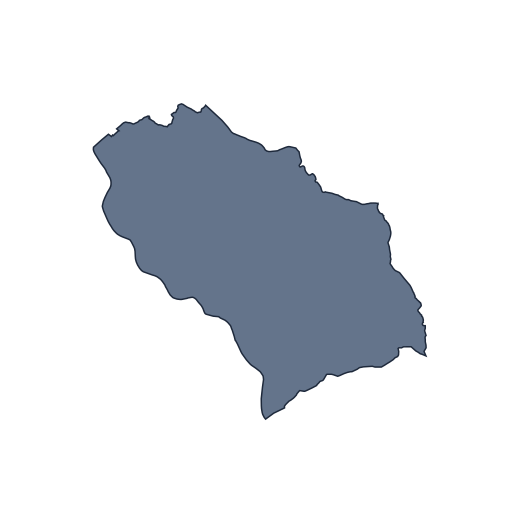 outline of Remeti, Maramures, Romania, rotated 220°
{"feature_id": "2599482B63356743663570", "entity_name": "Remeti", "entity_type": "district", "adm_level": 2, "iso_a3": "ROU", "parent_name": "Romania", "parent_adm1": "Maramures", "projection": "robinson", "projection_center": [23.579, 47.979], "detail": "fine", "context": "isolated", "style": "filled", "palette": "slate", "viewbox_px": 512, "rotation_deg": 220, "n_neighbors": 0, "source": "geoboundaries", "source_scale": "gbopen_adm2", "svg_char_len": 6099}
<svg xmlns="http://www.w3.org/2000/svg" viewBox="0 0 512 512"><g transform="rotate(220 256 256)"><path d="M221.3,358.7L223.0,357.3L224.3,356.8L227.5,356.4L231.1,355.5L232.1,355.5L235.0,354.0L238.1,352.9L243.4,349.9L244.2,349.6L244.4,348.9L245.1,348.3L245.5,348.0L246.2,347.8L246.5,347.8L247.7,348.3L250.8,350.4L253.2,351.1L256.4,351.8L256.8,351.7L257.6,351.1L258.0,351.1L258.8,351.4L259.3,351.9L259.3,352.4L259.2,352.9L259.3,353.2L260.6,354.2L261.7,354.9L264.0,355.5L265.5,355.4L265.8,355.1L266.5,353.0L267.0,352.4L267.6,351.9L268.5,351.9L271.0,352.3L272.5,352.8L273.8,353.5L275.5,355.0L276.5,355.4L277.4,355.4L278.2,354.9L279.2,352.8L279.5,352.5L280.3,352.6L281.1,353.1L281.3,354.2L281.3,355.6L281.9,357.4L282.4,358.0L283.3,358.7L285.0,359.6L286.7,360.8L290.0,363.5L292.2,363.7L294.9,364.3L300.3,361.5L301.3,360.8L302.2,359.7L303.2,358.1L305.6,353.6L306.2,352.7L307.0,350.6L308.2,349.3L310.6,346.9L312.0,345.4L313.4,344.2L315.4,343.3L317.2,343.2L319.1,344.0L321.2,344.4L323.1,344.6L325.4,344.3L326.8,344.0L329.1,343.2L332.6,341.7L335.0,340.6L337.7,339.8L339.4,339.6L340.8,339.2L345.0,337.6L346.1,337.3L348.8,336.4L351.2,335.7L351.7,335.4L353.4,335.2L354.6,335.2L358.6,336.2L360.8,336.7L369.3,338.0L391.5,339.1L391.3,338.1L391.4,336.4L391.5,335.5L392.0,334.5L392.1,333.8L392.0,333.2L391.4,332.3L391.0,331.4L390.9,330.6L391.3,330.4L392.4,329.0L392.9,328.1L395.2,327.4L396.3,327.5L398.9,327.0L399.9,327.0L404.3,325.8L409.4,325.2L410.9,324.6L411.9,322.9L412.5,321.6L412.4,321.1L412.0,320.2L411.0,319.5L410.7,319.0L410.7,318.1L410.4,317.7L410.6,317.4L410.4,316.3L410.0,315.3L409.9,314.5L409.9,314.3L410.0,314.1L411.0,313.3L411.8,310.1L411.7,309.9L410.7,309.4L408.9,309.4L408.5,309.2L408.0,308.7L407.7,308.3L407.5,307.0L406.3,304.4L405.8,303.3L405.9,302.8L407.0,301.1L406.9,301.0L407.2,300.6L407.1,297.9L407.7,297.7L409.1,296.8L410.1,296.0L411.3,295.9L413.2,295.1L414.2,294.5L414.7,294.1L414.7,293.9L414.9,293.7L416.0,293.4L417.0,293.4L418.3,293.0L418.8,293.0L419.7,293.3L421.3,293.3L422.5,293.0L424.6,292.8L426.1,292.5L425.9,293.0L425.9,293.3L426.9,294.0L427.3,293.6L427.6,293.5L427.6,294.2L427.7,294.3L427.9,294.4L428.3,294.0L428.9,293.5L429.6,291.9L430.5,290.5L430.8,289.6L431.0,287.7L431.1,287.1L432.5,285.0L432.4,283.7L432.7,282.4L433.9,280.0L434.2,279.1L434.5,278.7L435.0,278.1L437.3,277.4L438.6,276.8L439.4,276.1L441.9,274.8L442.5,273.9L442.6,273.5L443.0,273.0L443.4,271.1L443.6,268.9L444.5,263.8L441.5,263.8L441.8,263.3L441.9,262.8L442.5,258.6L442.7,256.5L443.6,256.5L443.5,254.6L447.3,254.4L448.8,246.2L450.4,234.9L449.3,233.3L448.4,232.5L447.1,231.7L444.8,230.7L437.8,228.4L434.2,227.3L428.5,226.0L426.2,225.2L424.4,224.2L418.4,222.1L416.9,221.3L415.7,220.5L414.4,219.3L413.1,217.7L412.2,216.2L411.5,214.0L410.7,209.1L409.3,203.7L408.0,199.7L406.0,195.8L405.7,195.3L404.5,194.4L401.6,192.5L394.4,188.9L391.5,187.5L388.7,186.4L385.8,185.5L383.6,184.7L381.1,184.1L377.5,183.7L376.0,183.7L373.3,184.1L370.7,184.8L364.6,186.9L363.0,187.3L362.4,187.3L362.3,187.2L360.3,186.6L355.6,184.6L353.7,183.6L351.6,181.8L347.9,177.8L346.3,176.2L343.9,174.5L340.9,173.0L337.3,171.8L334.4,171.3L332.2,171.5L323.3,174.8L321.0,175.8L320.1,176.1L318.2,176.6L314.1,176.8L311.1,176.3L307.1,175.2L305.7,174.4L301.9,173.0L300.3,172.2L296.7,171.0L293.1,170.7L291.9,171.0L288.9,172.2L286.1,174.0L285.0,175.0L282.6,178.0L281.7,179.1L281.1,180.2L279.0,182.7L278.1,183.6L277.2,184.0L275.7,184.3L273.8,184.3L270.3,183.5L266.2,182.9L264.1,182.2L262.5,181.5L260.7,180.4L258.7,179.4L257.5,179.2L256.7,179.4L250.1,182.4L245.6,185.5L243.4,185.6L238.5,186.9L236.2,187.0L234.5,186.9L231.1,186.3L230.2,186.0L227.9,184.6L226.8,184.1L221.1,180.5L217.8,178.1L217.5,178.0L217.3,178.1L213.7,176.7L205.5,172.8L203.6,172.1L196.6,170.3L191.4,169.5L189.3,169.4L184.3,169.9L178.9,170.1L177.9,170.0L173.8,168.8L172.9,168.2L170.8,166.2L166.8,159.8L160.2,150.0L155.6,144.7L153.6,142.6L150.7,140.1L149.1,139.0L146.1,137.7L143.8,137.2L141.4,147.0L136.5,158.0L137.3,158.8L137.7,159.4L137.8,161.1L137.7,162.7L137.4,166.1L136.7,167.9L136.0,170.9L135.8,172.5L135.7,175.5L136.1,176.7L136.1,179.7L136.0,181.0L132.5,183.1L131.7,183.7L131.0,185.0L130.2,186.7L128.3,190.9L126.3,195.8L126.6,196.7L126.5,197.3L126.3,199.5L126.4,200.8L126.0,201.7L125.1,203.1L124.8,203.9L124.8,204.8L125.8,210.5L125.5,211.1L122.2,213.9L120.6,214.7L116.1,216.4L115.0,218.3L113.0,222.5L111.1,225.7L109.3,228.0L108.1,229.1L105.7,234.3L105.0,237.0L102.4,240.2L96.0,246.3L93.5,247.4L88.6,251.5L87.3,255.1L86.6,257.4L85.5,260.6L84.3,264.8L84.1,267.4L82.9,270.0L83.2,271.8L85.3,274.6L87.7,276.5L87.5,277.6L85.5,279.2L84.6,281.3L78.8,286.2L72.6,286.0L70.0,286.5L67.3,286.7L65.8,287.4L61.6,288.7L64.3,290.1L64.8,290.3L66.0,291.0L66.7,295.0L68.5,297.0L71.2,299.1L72.6,300.8L73.6,301.7L74.0,302.1L74.6,303.2L74.6,304.4L78.8,307.1L79.8,309.3L81.0,310.8L81.6,311.4L82.4,310.7L83.4,310.2L84.6,310.6L85.0,311.0L85.4,312.2L85.2,312.7L85.8,313.1L86.6,314.5L88.5,315.9L89.3,316.3L90.5,316.4L90.7,316.5L91.0,317.1L93.2,317.2L94.2,317.6L96.0,317.8L97.1,318.4L97.3,318.7L97.4,319.1L97.3,321.8L97.4,323.9L97.7,324.4L99.0,325.4L99.9,325.9L100.3,325.7L101.3,326.0L101.7,325.8L102.2,326.0L104.1,326.0L106.1,326.4L107.0,326.2L107.9,326.7L108.1,327.3L109.5,328.1L111.0,328.8L111.5,329.2L112.2,329.3L116.9,331.6L119.3,332.5L128.0,334.0L134.7,335.4L135.4,335.5L139.8,334.4L141.1,334.4L143.7,334.9L145.0,335.4L148.4,336.3L149.2,337.9L150.1,339.1L150.5,340.2L152.7,341.8L154.1,343.8L157.6,346.6L159.8,348.7L163.0,350.7L163.5,351.1L163.8,351.9L164.3,354.0L165.8,357.6L166.6,359.0L167.5,360.3L168.5,361.3L170.2,362.5L171.7,363.8L173.0,364.7L174.6,365.3L175.2,365.7L176.3,366.0L178.0,366.2L178.8,366.5L180.0,366.3L180.5,366.3L183.4,367.9L183.8,368.3L184.1,368.9L184.6,368.7L185.8,369.3L186.5,369.3L187.5,368.8L189.2,368.6L189.6,368.6L190.0,369.0L191.3,369.3L191.9,369.8L192.7,370.0L193.5,370.5L194.0,371.0L194.6,371.9L195.2,372.5L195.5,373.2L195.5,373.8L196.2,374.6L196.4,374.8L196.9,374.3L198.1,373.6L199.9,372.2L201.4,370.9L202.5,369.9L203.2,368.8L204.5,367.4L206.1,365.3L207.7,363.9L208.6,363.5L214.0,362.2L216.3,360.8L218.9,359.3L221.3,358.7Z" fill="#64748b" stroke="#1e293b" stroke-width="1.5"/></g></svg>